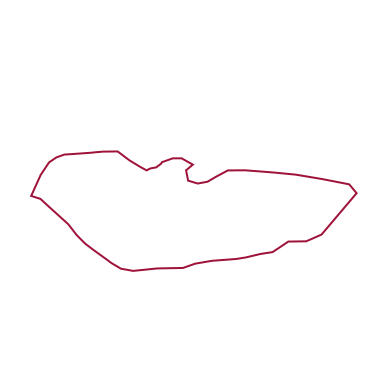 Kolokuma/Opokuma, Bayelsa, Nigeria (orthographic projection), rotated 226°
{"feature_id": "59680162B30593466404451", "entity_name": "Kolokuma/Opokuma", "entity_type": "district", "adm_level": 2, "iso_a3": "NGA", "parent_name": "Nigeria", "parent_adm1": "Bayelsa", "projection": "orthographic", "projection_center": [6.286, 5.067], "detail": "fine", "context": "isolated", "style": "outline", "palette": "rose", "viewbox_px": 384, "rotation_deg": 226, "n_neighbors": 0, "source": "geoboundaries", "source_scale": "gbopen_adm2", "svg_char_len": 1079}
<svg xmlns="http://www.w3.org/2000/svg" viewBox="0 0 384 384"><g transform="rotate(226 192 192)"><path d="M76.8,309.6L88.3,310.4L110.8,294.7L132.4,278.7L148.8,264.7L159.0,255.7L170.9,245.1L182.6,232.8L186.2,220.2L188.6,210.3L190.2,207.9L194.1,202.0L202.9,197.1L211.7,202.8L211.1,211.6L212.5,211.2L223.5,207.9L229.6,201.5L234.3,191.1L233.8,189.1L234.0,188.5L234.0,187.3L234.1,186.7L234.3,186.1L234.5,185.2L234.4,184.4L234.6,183.3L237.5,179.0L238.4,177.0L238.7,175.7L239.0,174.4L247.1,171.9L249.9,171.2L257.8,169.1L258.2,169.0L272.8,166.7L273.0,166.5L282.8,156.1L287.3,150.6L289.7,147.5L297.1,138.6L307.3,126.5L307.6,126.2L311.1,118.4L311.4,116.6L312.6,109.8L309.4,95.0L300.9,73.6L292.3,78.2L279.9,78.9L257.9,80.4L254.8,80.6L240.8,79.1L228.9,79.3L219.1,80.8L208.0,82.8L203.0,83.7L198.4,84.4L196.4,84.8L186.2,87.6L176.2,94.8L170.1,102.5L161.4,113.6L159.4,115.8L152.7,123.0L143.6,132.8L138.3,144.4L128.7,158.5L118.9,170.3L116.0,173.8L113.4,176.9L107.7,185.0L99.8,198.3L92.8,208.2L89.4,226.9L77.2,239.9L71.4,255.6L76.8,309.6Z" fill="none" stroke="#9f1239" stroke-width="2"/></g></svg>